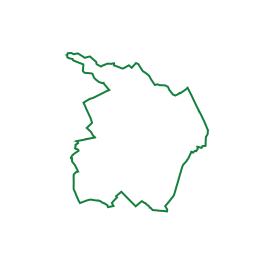 the district of Bukaišu pag., Tervetes, Latvia, rotated 248°
{"feature_id": "27541924B52538484652189", "entity_name": "Bukaišu pag.", "entity_type": "district", "adm_level": 2, "iso_a3": "LVA", "parent_name": "Latvia", "parent_adm1": "Tervetes", "projection": "mercator", "projection_center": [23.227, 56.415], "detail": "fine", "context": "isolated", "style": "outline", "palette": "green", "viewbox_px": 256, "rotation_deg": 248, "n_neighbors": 0, "source": "geoboundaries", "source_scale": "gbopen_adm2", "svg_char_len": 5037}
<svg xmlns="http://www.w3.org/2000/svg" viewBox="0 0 256 256"><g transform="rotate(248 128 128)"><path d="M67.1,77.6L66.9,77.9L66.4,78.3L66.1,78.6L65.9,78.7L65.6,78.9L65.3,79.0L65.0,79.3L64.4,79.8L64.3,79.7L63.9,79.9L63.1,79.8L62.1,79.8L62.0,80.7L61.6,82.2L61.7,82.3L61.1,85.3L62.0,85.2L64.6,85.0L65.0,85.8L65.4,86.5L66.1,88.1L66.9,89.8L67.7,91.8L69.2,91.4L71.4,97.9L61.8,101.9L52.5,105.8L53.9,109.9L55.0,113.4L54.8,113.6L52.2,115.3L51.9,116.0L50.3,116.5L49.8,116.9L48.5,117.7L47.7,118.1L46.6,118.5L46.3,118.4L46.1,118.3L46.0,118.5L45.9,118.7L45.7,118.9L45.5,119.0L45.4,119.1L45.2,119.1L43.0,120.0L42.8,120.0L42.7,120.1L42.5,120.3L42.4,120.6L40.9,123.7L39.9,125.5L38.7,127.8L38.7,128.0L38.0,129.3L36.1,133.0L37.7,133.8L37.8,133.8L39.8,133.5L41.6,133.2L42.0,134.0L42.7,135.3L43.5,136.8L43.9,137.4L44.1,137.9L44.9,139.4L45.3,140.1L45.7,140.7L45.8,141.0L46.4,141.9L47.2,143.4L47.9,144.6L48.3,145.2L48.5,145.4L48.9,145.7L49.3,146.1L49.8,146.5L51.8,148.1L53.8,149.7L55.3,150.8L56.6,151.9L58.5,153.4L60.1,154.6L62.2,156.3L65.2,158.6L66.5,159.7L70.9,163.1L71.3,163.4L71.5,163.7L72.8,164.8L73.3,165.6L74.8,168.6L75.6,170.2L75.9,170.6L76.2,170.9L76.5,171.4L76.7,171.8L77.1,172.4L79.1,174.6L80.4,175.9L81.1,176.8L81.8,177.4L82.1,177.6L81.4,178.3L81.6,178.4L81.7,178.5L80.9,179.2L81.6,181.2L81.6,181.8L81.0,182.6L82.3,184.4L82.3,184.6L83.2,185.1L84.6,185.3L84.0,186.3L82.4,188.2L82.0,188.7L82.8,189.8L83.3,190.3L82.4,193.2L82.9,193.5L85.4,194.5L86.9,195.2L90.3,196.8L90.5,196.9L90.6,197.0L91.8,198.7L91.9,198.9L92.5,199.5L92.8,199.7L95.5,201.0L95.8,201.1L95.9,201.3L98.7,201.2L101.7,201.2L106.8,201.1L107.5,201.0L111.1,200.8L116.1,200.4L116.3,200.3L116.5,200.1L116.6,200.3L121.0,199.9L130.0,199.3L132.5,199.2L132.8,199.2L135.5,199.0L143.0,198.3L142.1,196.1L142.0,195.9L141.3,192.8L141.3,192.5L140.9,190.7L140.8,190.0L140.7,189.6L141.2,189.1L141.0,188.5L140.7,188.1L140.6,187.1L140.4,184.0L140.7,183.7L141.0,183.5L141.7,182.7L142.2,182.2L142.5,182.1L144.6,181.5L145.8,181.2L147.3,180.7L147.5,180.7L147.8,180.6L148.1,180.5L148.4,180.5L148.8,180.5L149.3,180.5L149.8,180.5L150.7,180.5L151.1,180.5L151.3,180.4L151.6,180.1L153.5,178.5L153.6,178.4L155.0,175.3L156.0,173.1L156.2,172.9L157.2,172.0L157.4,171.8L157.5,171.7L157.5,171.3L157.7,170.0L157.7,169.8L157.9,169.0L158.0,169.0L159.3,168.7L160.1,168.5L160.8,168.4L161.6,168.2L163.9,167.7L165.6,167.4L166.2,167.4L166.8,167.4L168.7,167.1L171.4,165.6L174.0,163.9L175.0,163.1L178.2,162.4L178.3,162.4L181.1,161.9L183.4,161.5L185.2,159.7L183.7,156.6L182.4,154.0L185.8,152.3L185.0,145.8L185.5,144.8L188.0,142.2L191.4,138.4L193.1,139.3L193.3,139.3L193.3,139.0L193.3,138.7L193.5,138.2L193.6,137.7L193.8,136.4L193.9,136.2L194.0,136.0L194.2,135.6L195.3,133.2L195.4,131.0L195.4,130.6L195.3,129.6L195.2,129.4L195.4,128.9L195.5,128.3L195.5,128.2L195.1,126.5L195.1,126.2L195.2,125.9L197.7,123.8L198.8,122.9L199.1,122.8L199.3,122.8L201.2,123.3L202.0,122.8L202.5,122.6L206.4,120.6L208.4,119.6L208.6,119.4L208.7,119.1L209.2,114.8L209.3,114.3L209.4,114.2L209.5,114.0L210.8,113.2L213.7,111.1L213.9,110.9L214.9,110.2L216.0,109.3L216.6,106.3L216.8,105.2L218.6,103.7L218.8,103.4L219.9,100.2L218.5,99.1L218.5,98.8L218.5,98.6L218.2,98.8L216.3,98.2L216.1,98.3L214.8,99.5L214.4,100.1L212.8,102.3L212.7,102.5L211.6,102.4L211.0,102.7L206.8,107.1L206.0,107.8L205.7,108.4L205.1,108.9L204.9,109.1L203.9,110.3L203.7,110.4L202.2,109.8L198.8,107.9L197.9,107.6L197.2,107.6L195.4,108.5L193.5,112.3L192.1,114.9L191.9,115.0L191.1,115.4L187.4,115.3L184.6,116.5L182.6,117.7L181.5,118.3L180.6,119.4L179.2,121.0L179.0,122.3L177.9,122.3L170.2,124.8L170.2,122.0L169.8,117.4L169.0,107.6L169.1,105.3L169.3,103.4L168.8,100.0L168.1,96.2L167.9,96.2L167.6,96.3L163.2,96.5L160.8,96.5L155.5,96.8L151.0,97.0L146.5,96.6L146.2,96.5L145.2,94.0L145.1,93.9L144.7,92.8L143.6,90.0L143.5,89.8L138.0,92.3L137.9,92.3L135.9,92.5L134.0,92.8L131.6,93.9L131.5,93.6L131.9,92.5L132.7,88.0L132.9,86.9L133.0,86.9L133.5,84.4L133.3,84.3L133.5,83.4L133.7,82.2L134.0,80.7L134.3,79.2L134.6,78.1L134.8,76.7L135.0,75.3L134.8,75.5L134.3,76.0L134.0,76.1L133.7,76.1L133.3,75.9L132.7,76.0L132.6,75.7L132.5,75.3L132.4,74.9L132.4,74.6L132.1,73.1L131.8,73.1L131.7,73.0L131.6,72.9L131.4,72.8L131.2,72.8L131.0,72.6L130.8,72.6L130.4,72.4L130.3,72.2L130.1,72.1L129.2,71.4L128.9,71.3L128.1,72.0L127.4,72.9L127.2,73.0L126.9,73.4L126.8,73.5L126.6,73.6L126.1,73.7L125.4,73.6L124.7,70.3L124.4,68.8L124.2,68.1L123.5,66.1L123.3,65.8L122.4,64.6L122.0,64.0L121.9,64.0L121.7,64.2L121.6,64.4L121.5,64.7L121.4,64.7L121.3,64.4L121.3,64.2L121.1,64.0L120.9,64.3L120.8,64.6L120.7,64.7L117.9,63.6L113.3,64.9L106.3,65.4L106.5,64.4L106.4,63.5L106.5,62.9L106.1,62.2L105.1,60.2L103.8,59.6L103.7,59.5L103.0,59.3L102.6,59.1L101.9,58.8L101.3,58.6L100.2,58.2L97.5,57.1L94.4,55.8L93.3,55.4L91.8,54.7L88.0,54.9L85.7,54.8L81.7,54.9L81.0,55.0L80.5,54.9L79.8,54.9L76.4,55.4L76.4,55.5L76.3,60.0L76.2,63.1L75.9,65.7L74.9,67.9L73.9,69.3L71.8,73.2L71.9,73.5L71.7,73.7L71.4,73.8L70.6,74.8L70.2,75.2L70.0,75.3L69.2,75.7L68.8,75.9L67.9,77.0L67.3,77.6L67.2,77.6L67.1,77.6Z" fill="none" stroke="#15803d" stroke-width="2"/></g></svg>